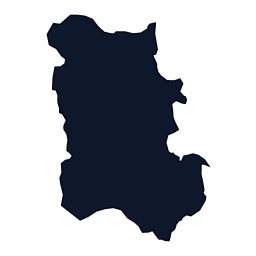 the border of Plovdiv
{"feature_id": "BGR-2235", "entity_name": "Plovdiv", "entity_type": "Province", "adm_level": 1, "iso_a3": "BGR", "parent_name": "Bulgaria", "parent_adm1": "", "projection": "orthographic", "projection_center": [24.881, 42.293], "detail": "fine", "context": "isolated", "style": "filled", "palette": "ink", "viewbox_px": 256, "rotation_deg": 0, "n_neighbors": 0, "source": "natural_earth", "source_scale": "10m", "svg_char_len": 1612}
<svg xmlns="http://www.w3.org/2000/svg" viewBox="0 0 256 256"><path d="M155.2,25.4L154.4,33.4L157.2,49.5L155.6,53.9L152.4,55.0L156.5,64.1L156.4,67.1L157.7,72.1L160.5,75.9L167.0,80.8L174.4,81.0L179.9,79.1L182.6,83.7L179.4,91.7L183.3,96.1L185.4,97.1L186.3,100.0L185.2,103.3L182.3,102.9L176.1,100.3L171.5,103.6L172.5,111.6L172.8,117.1L174.6,122.1L178.3,129.5L173.5,132.4L167.8,134.7L165.7,142.5L168.2,151.7L171.4,154.0L172.8,153.2L174.6,155.3L177.2,156.4L179.1,157.9L178.5,161.0L181.5,161.6L184.0,156.1L187.0,155.7L192.9,154.1L198.2,155.5L204.4,159.8L208.6,165.8L205.1,164.3L202.6,163.9L201.0,163.9L200.8,174.3L202.5,182.0L203.8,190.1L202.9,192.6L203.7,194.6L205.6,196.7L205.1,200.2L199.5,209.9L190.9,215.7L186.5,214.6L182.6,217.1L181.1,219.8L178.7,220.7L176.0,224.2L174.5,229.1L170.8,232.1L169.9,237.1L168.9,240.6L164.9,240.3L162.1,239.0L158.9,238.9L152.6,230.4L148.1,231.9L142.5,232.1L139.2,226.1L135.1,222.3L127.6,217.6L121.5,209.7L113.4,207.4L105.1,208.4L96.4,210.9L88.2,216.2L80.2,219.9L61.6,205.3L63.6,194.8L61.0,184.2L60.1,177.9L62.1,172.9L61.6,163.5L65.5,160.5L70.1,159.3L72.6,155.9L70.0,152.7L67.2,150.6L67.3,146.1L68.2,139.7L66.9,133.5L64.2,129.5L64.0,126.2L66.5,120.3L62.7,113.7L59.7,112.4L59.8,108.0L58.2,103.0L58.0,98.0L58.3,95.8L56.3,90.0L52.7,89.3L53.2,77.9L55.1,67.2L60.7,67.0L65.1,63.8L65.9,58.9L61.7,55.8L56.6,48.5L49.5,44.7L47.4,34.4L53.5,23.7L60.2,24.5L70.6,15.4L76.9,15.4L84.7,16.3L92.2,19.3L97.8,26.7L104.3,32.5L112.3,34.2L114.8,33.6L116.1,32.0L124.8,32.0L133.3,34.0L140.9,33.2L147.7,29.1L148.3,26.3L150.0,24.3L155.2,23.1L155.2,25.4Z" fill="#0f172a" stroke="#020617" stroke-width="1.5"/></svg>